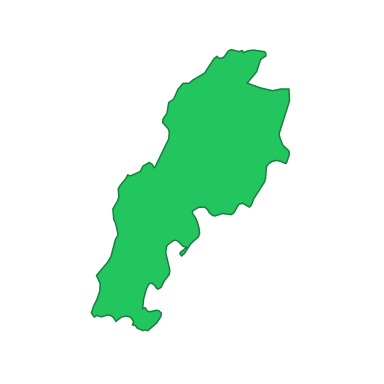 the border of Noord-Brabant, rotated 301°
{"feature_id": "NLD-3483", "entity_name": "Noord-Brabant", "entity_type": "Province", "adm_level": 1, "iso_a3": "NLD", "parent_name": "Netherlands", "parent_adm1": "", "projection": "robinson", "projection_center": [5.036, 51.526], "detail": "medium", "context": "isolated", "style": "filled", "palette": "green", "viewbox_px": 384, "rotation_deg": 301, "n_neighbors": 0, "source": "natural_earth", "source_scale": "10m", "svg_char_len": 1928}
<svg xmlns="http://www.w3.org/2000/svg" viewBox="0 0 384 384"><g transform="rotate(301 192 192)"><path d="M142.0,216.0L140.8,212.2L142.6,205.9L142.3,202.7L140.5,200.9L134.6,198.5L132.2,198.3L126.6,200.6L113.5,213.3L109.5,215.0L101.4,214.0L94.3,214.6L91.1,212.8L91.4,210.7L92.8,208.0L93.1,204.4L91.7,202.7L89.6,202.4L84.6,203.0L75.5,205.6L66.7,209.7L68.7,211.5L67.2,214.7L67.1,216.8L72.2,222.3L73.2,224.4L72.4,228.1L69.1,229.5L61.2,229.1L50.3,225.5L49.5,222.5L47.9,221.4L47.2,214.8L48.3,212.6L47.5,209.4L50.8,208.7L53.1,203.8L51.7,199.2L48.2,195.8L41.9,193.4L44.0,189.1L44.2,185.7L43.1,183.0L38.1,178.4L37.3,174.2L34.5,172.6L36.5,168.1L43.5,166.4L50.5,165.9L59.5,164.0L66.1,160.5L71.3,153.1L88.7,155.9L95.2,155.7L112.0,150.8L117.3,150.7L125.8,142.7L128.2,139.0L136.7,132.9L146.0,132.8L150.2,131.8L156.7,127.1L161.1,127.1L169.6,128.4L173.6,128.1L174.1,131.0L183.0,137.1L189.0,136.7L195.3,140.1L195.2,143.5L193.3,147.0L194.8,147.4L225.7,144.7L231.9,141.5L234.1,138.7L236.4,131.0L239.7,129.6L246.6,130.0L256.6,126.0L262.3,128.4L273.0,127.1L280.6,128.4L283.7,133.5L288.5,135.1L300.3,141.5L317.7,142.2L321.1,143.5L320.6,146.0L322.0,148.7L324.7,150.0L331.6,150.5L334.2,152.2L336.5,159.9L339.1,162.2L338.0,164.3L342.1,167.4L345.4,171.8L349.5,181.6L349.4,183.3L346.8,185.2L341.0,182.6L328.2,185.4L313.7,183.2L316.4,196.7L320.3,208.9L326.1,215.2L330.2,222.1L320.2,228.7L286.5,236.7L282.9,240.4L278.8,246.0L277.3,253.2L276.3,254.7L273.9,256.2L265.5,258.0L264.5,257.3L264.0,252.5L262.7,248.3L259.6,245.1L255.6,243.1L252.0,242.8L241.5,248.0L238.0,249.0L217.9,248.4L211.5,249.6L208.6,249.0L208.5,241.4L205.5,238.4L195.8,238.6L192.9,237.4L189.4,229.4L183.6,224.3L182.5,222.2L183.1,217.6L185.0,214.2L185.6,210.6L182.3,205.6L176.7,202.5L174.1,203.0L171.3,208.9L168.7,212.4L164.8,216.5L160.5,219.8L156.9,220.6L147.2,217.6L135.4,217.2L131.8,216.0L132.8,213.5L134.7,213.2L142.0,216.0Z" fill="#22c55e" stroke="#15803d" stroke-width="1.5"/></g></svg>